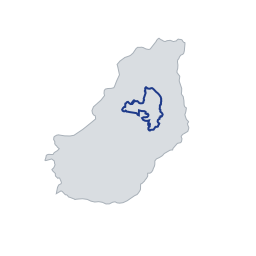 Jász-Nagykun-Szolnok highlighted on a map of Hungary, rotated 323°
{"feature_id": "HUN-3175", "entity_name": "Jász-Nagykun-Szolnok", "entity_type": "County", "adm_level": 1, "iso_a3": "HUN", "parent_name": "Hungary", "parent_adm1": "", "projection": "albers", "projection_center": [20.367, 47.222], "detail": "fine", "context": "in_parent", "style": "outline", "palette": "blue", "viewbox_px": 256, "rotation_deg": 323, "n_neighbors": 0, "source": "natural_earth", "source_scale": "10m", "svg_char_len": 4569}
<svg xmlns="http://www.w3.org/2000/svg" viewBox="0 0 256 256"><g transform="rotate(323 128 128)"><path d="M203.4,75.2L206.1,74.8L206.8,75.0L207.3,77.0L208.1,78.4L208.7,80.1L209.7,81.3L211.8,81.8L214.5,83.4L216.3,86.3L219.0,87.5L219.7,87.3L221.6,87.2L222.0,87.8L223.6,89.2L224.2,90.5L223.9,91.8L224.2,93.4L224.8,93.9L224.2,95.0L219.4,100.3L217.5,101.8L216.2,102.1L214.2,101.6L212.1,102.1L210.3,103.2L208.6,103.6L207.3,105.0L205.7,107.8L203.6,110.3L201.6,111.8L200.5,113.2L200.5,117.8L199.3,119.1L197.8,120.5L197.0,121.7L194.7,128.7L192.9,131.0L191.2,132.8L191.0,134.3L191.0,136.1L189.1,139.8L186.6,143.5L186.1,145.1L186.7,147.1L184.3,149.5L182.8,150.7L181.7,151.3L180.9,152.8L179.8,156.4L180.1,158.0L180.1,159.5L178.0,160.4L177.4,162.0L176.9,164.1L176.1,165.0L173.7,166.7L167.8,166.0L165.5,166.6L164.9,167.8L164.8,168.8L164.0,169.7L162.7,170.9L161.3,171.4L158.2,170.0L151.6,171.4L150.4,172.4L149.5,171.7L148.1,171.0L141.5,170.2L138.9,170.8L135.4,170.5L132.1,169.8L129.7,170.4L127.5,173.2L126.5,174.1L125.6,174.7L123.8,175.6L122.3,176.7L120.2,177.4L118.4,177.3L116.7,176.0L116.1,176.3L115.5,177.4L114.6,178.4L112.0,179.5L111.3,179.5L111.2,179.5L109.2,180.3L105.9,180.7L104.3,180.4L101.2,184.3L100.3,185.0L97.4,186.1L95.1,186.6L93.1,186.1L92.3,186.0L83.5,185.6L79.0,184.6L76.1,183.0L74.2,181.2L73.3,179.2L71.0,178.0L67.5,177.4L64.7,175.4L62.9,172.0L60.3,169.2L56.9,167.1L54.4,164.1L52.5,160.5L49.1,157.1L44.1,153.9L42.6,153.2L42.3,152.3L40.0,148.6L39.0,147.2L39.1,145.4L38.7,144.4L37.8,143.6L37.5,141.1L37.3,139.1L36.6,137.9L31.2,137.3L36.0,133.0L38.3,131.8L40.9,132.2L41.8,131.8L42.1,131.2L42.6,129.7L42.9,128.3L43.2,127.0L42.9,126.2L41.7,126.0L41.2,122.7L41.9,121.5L42.6,120.6L42.0,116.6L42.3,115.3L44.4,115.2L46.1,114.4L47.6,113.5L48.0,112.3L49.3,109.9L48.4,106.8L42.6,104.5L42.3,103.7L43.7,102.9L45.2,101.7L46.1,100.8L47.3,100.7L48.8,101.3L51.6,103.7L52.6,104.0L53.7,103.4L54.9,103.3L58.0,103.6L60.6,103.2L60.1,100.8L60.2,99.1L59.8,97.7L60.2,96.2L61.3,95.0L61.7,92.4L63.4,90.7L64.2,90.5L67.1,90.9L67.8,91.4L68.2,91.5L72.6,96.1L76.9,99.5L80.4,101.3L85.7,101.6L91.3,101.9L100.6,101.6L107.6,101.3L108.1,100.5L109.2,98.6L108.4,96.9L108.5,94.9L109.7,92.4L113.2,90.3L123.1,89.5L128.8,88.0L129.7,85.9L131.6,83.8L133.3,83.3L135.6,84.3L138.5,86.3L140.9,87.3L142.4,86.6L147.4,83.5L153.2,80.4L157.1,72.0L157.5,70.7L161.8,69.7L168.0,69.8L171.2,70.9L173.6,71.5L177.2,71.2L182.4,69.4L184.3,69.4L185.8,70.6L187.5,71.7L188.6,73.0L189.5,74.9L189.9,75.6L190.7,76.6L192.0,77.9L193.3,78.3L202.9,75.7L203.4,75.2Z" fill="#d9dde1" stroke="#a8b0b8" stroke-width="1"/><path d="M165.6,106.6L166.1,106.4L166.9,106.3L167.6,108.4L168.7,109.5L169.6,110.0L170.5,110.1L171.4,110.9L171.8,112.6L172.2,116.2L172.7,118.1L172.9,120.1L172.8,122.8L172.0,124.9L171.5,125.2L171.1,125.8L170.9,126.4L170.5,126.8L169.8,127.1L169.6,127.6L169.3,128.1L168.9,128.3L168.6,128.8L168.3,129.1L167.7,128.9L167.1,129.1L165.4,131.3L164.9,131.6L164.6,132.2L164.7,132.4L164.8,133.0L163.7,134.3L163.7,135.0L164.0,135.5L164.1,136.9L163.8,138.1L163.4,138.4L162.9,138.5L162.4,138.9L161.8,139.0L161.4,138.5L161.0,138.2L160.3,138.8L159.5,138.6L158.7,139.7L157.7,139.5L156.7,139.6L155.6,140.6L155.3,141.8L155.7,143.2L154.8,143.8L153.7,144.1L152.8,144.8L151.8,144.5L150.7,143.6L147.4,144.7L145.3,143.3L144.5,143.0L144.0,143.2L143.6,142.8L143.5,142.3L143.9,141.2L143.7,141.1L144.3,140.2L145.3,139.8L146.2,139.9L146.6,139.1L146.0,138.7L146.0,138.0L146.7,138.1L147.2,138.6L147.5,138.6L148.0,137.8L148.0,137.6L147.7,137.4L147.2,137.3L146.8,137.2L146.6,136.9L146.8,136.5L147.8,135.8L149.4,134.6L147.6,133.9L146.0,132.5L145.0,130.5L145.2,128.5L146.9,128.8L148.3,129.9L148.7,130.1L149.1,130.3L149.9,130.8L151.4,130.6L152.2,129.9L152.3,128.5L151.3,128.1L150.7,126.9L151.6,126.2L151.8,125.7L151.1,124.3L149.1,122.7L147.4,120.5L145.4,122.9L144.3,124.4L143.8,123.6L143.7,123.0L143.8,122.4L143.8,121.6L143.6,121.1L138.5,115.9L138.0,115.2L136.8,114.1L136.8,113.4L136.6,112.7L135.6,112.8L134.7,112.2L134.1,111.0L134.4,109.8L136.0,109.1L137.5,108.9L138.2,109.4L138.5,109.5L140.1,107.4L140.6,106.9L141.2,107.1L142.6,106.7L143.7,107.1L143.9,108.8L144.4,110.4L145.9,111.4L147.3,111.0L146.8,110.7L146.6,110.1L149.2,109.4L149.6,109.7L149.9,110.8L150.5,111.5L151.6,112.1L152.0,113.4L151.9,114.4L152.2,115.1L152.7,115.7L154.3,116.8L154.9,117.0L155.6,116.8L155.9,116.6L156.3,116.1L156.4,115.9L157.4,115.6L157.8,115.2L158.0,114.3L158.2,114.0L163.2,110.6L163.4,109.8L163.4,109.6L163.7,109.5L163.8,109.4L163.9,109.2L164.0,109.0L163.8,108.5L164.1,108.2L165.0,107.8L165.3,107.3L165.5,106.9L165.6,106.6Z" fill="none" stroke="#1e3a8a" stroke-width="2"/></g></svg>